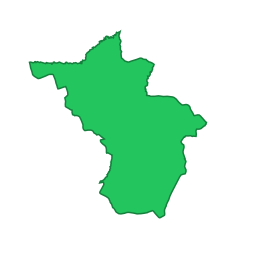 Kouritenga, Kouritenga, Burkina Faso (orthographic projection), rotated 344°
{"feature_id": "67063806B40595440400203", "entity_name": "Kouritenga", "entity_type": "district", "adm_level": 2, "iso_a3": "BFA", "parent_name": "Burkina Faso", "parent_adm1": "Kouritenga", "projection": "orthographic", "projection_center": [-0.33, 12.181], "detail": "fine", "context": "isolated", "style": "filled", "palette": "green", "viewbox_px": 256, "rotation_deg": 344, "n_neighbors": 0, "source": "geoboundaries", "source_scale": "gbopen_adm2", "svg_char_len": 5716}
<svg xmlns="http://www.w3.org/2000/svg" viewBox="0 0 256 256"><g transform="rotate(344 128 128)"><path d="M147.0,33.1L146.5,33.3L145.5,33.3L144.8,33.8L144.2,33.6L143.5,32.9L142.9,33.4L141.8,35.3L141.4,34.7L141.0,34.7L140.3,35.2L139.0,35.3L139.2,36.9L138.8,37.3L138.6,36.9L138.2,36.7L137.2,36.7L136.9,35.6L135.5,35.9L135.4,36.6L134.4,36.4L134.6,35.5L133.9,35.3L134.0,34.7L133.3,34.6L133.2,34.1L132.6,33.9L132.3,33.9L131.4,34.4L131.0,35.4L131.0,35.7L131.2,36.0L131.2,36.5L130.3,36.6L129.8,35.4L129.2,36.8L128.9,36.5L128.2,37.1L127.1,36.9L126.7,37.7L126.0,37.6L125.4,37.4L125.6,36.8L124.3,37.0L124.0,38.8L123.9,39.0L123.4,39.3L122.0,39.4L121.0,40.1L119.8,40.4L119.2,41.0L118.5,41.3L117.1,40.7L116.2,40.9L116.7,41.5L116.4,42.0L116.0,42.3L115.1,42.2L113.2,42.6L112.8,42.5L112.1,43.6L111.3,43.7L110.4,44.3L109.9,44.2L109.4,44.5L108.5,45.4L107.8,45.7L107.6,46.1L107.7,46.9L107.5,47.7L107.2,48.1L106.9,48.2L106.6,48.8L106.5,50.0L106.1,50.5L105.1,51.1L103.6,50.8L103.3,50.4L102.9,51.0L102.4,51.4L101.9,51.2L101.5,51.4L101.7,52.4L101.6,52.9L101.3,53.3L100.6,53.1L100.1,52.7L100.2,51.8L99.3,52.4L98.5,52.2L97.4,52.3L95.8,50.8L94.7,50.8L93.6,50.4L92.7,50.9L92.0,50.8L90.1,49.5L89.3,49.8L88.9,49.8L88.4,49.2L87.5,48.8L87.2,48.4L87.2,48.0L86.8,47.8L86.3,47.8L85.8,48.0L85.4,48.8L83.5,48.4L82.8,47.8L82.1,47.4L80.3,45.8L79.1,45.8L78.6,46.0L77.3,45.9L75.7,45.2L75.2,44.9L75.4,44.6L75.3,44.3L74.5,44.2L74.0,44.4L73.6,45.1L72.5,45.6L72.2,45.4L72.2,44.5L70.3,44.1L69.3,43.6L68.9,43.5L68.0,42.9L67.8,43.2L67.4,42.7L66.4,43.3L62.7,40.9L62.0,40.8L61.9,40.5L61.0,40.7L59.3,39.3L57.7,39.7L57.6,38.9L57.1,38.6L56.7,38.6L56.4,39.0L55.4,39.2L54.7,39.1L52.9,38.0L52.1,37.7L51.4,37.7L51.3,40.7L51.0,43.2L51.2,47.4L51.1,50.3L51.4,51.2L52.3,52.6L55.1,55.6L55.6,55.8L57.2,55.9L63.2,55.3L66.1,54.8L67.2,54.8L70.2,55.6L70.8,56.2L71.4,61.6L71.2,65.2L71.4,67.9L71.3,69.7L71.5,71.1L72.9,71.2L77.9,70.9L78.9,71.1L79.5,71.0L79.8,72.7L79.9,76.8L79.4,79.4L78.8,80.0L75.6,81.6L75.4,85.1L74.3,87.8L73.8,90.0L74.3,90.8L76.4,92.9L77.4,94.1L78.3,95.0L79.1,95.3L78.8,96.9L78.4,98.0L78.6,99.2L78.4,99.8L78.7,100.2L80.1,101.1L80.1,101.4L81.7,101.7L82.9,102.3L83.4,102.6L84.5,103.8L85.1,106.7L85.6,111.6L85.6,112.7L85.0,114.5L84.8,115.4L84.8,116.5L85.0,117.3L85.7,118.5L86.5,118.7L89.0,119.0L91.5,119.7L92.8,120.5L93.6,121.5L93.9,123.3L95.3,124.7L96.1,126.1L97.3,126.0L98.2,126.3L98.9,127.3L100.4,129.7L100.8,129.8L101.3,130.8L102.3,132.1L101.7,132.2L98.7,131.9L98.3,132.0L98.0,132.7L98.0,133.2L98.0,133.8L98.6,135.2L99.8,137.2L100.7,138.2L101.2,139.3L101.6,140.6L101.3,142.9L100.5,145.6L100.6,146.3L100.9,146.4L101.7,146.2L105.2,149.7L104.8,150.0L104.8,151.0L104.5,151.6L104.1,153.1L103.2,154.4L103.0,155.2L102.5,155.4L102.2,156.8L101.9,156.9L102.1,157.5L101.5,158.3L101.0,159.8L100.0,160.3L100.1,161.2L100.1,161.7L99.9,162.1L99.1,162.8L98.9,163.7L98.7,163.7L98.0,164.8L97.6,164.7L96.5,166.0L96.1,166.1L95.3,167.5L94.9,167.4L95.0,168.1L94.6,169.0L93.4,169.1L93.0,169.3L92.0,170.0L91.4,170.8L90.8,170.8L90.4,171.2L90.0,171.3L88.1,171.7L87.4,171.4L86.7,171.6L85.9,172.6L85.6,173.0L89.4,173.3L89.4,174.8L89.2,175.6L88.7,176.3L83.4,181.7L83.1,182.4L83.1,182.9L83.9,184.0L87.8,187.5L89.6,189.6L90.3,191.3L90.2,191.8L90.5,193.4L90.4,194.4L90.8,195.6L91.1,195.7L91.4,198.6L91.3,199.0L91.4,199.5L91.3,200.1L91.4,200.4L91.8,200.5L92.1,201.0L92.6,202.1L92.7,202.9L93.2,203.7L93.1,204.5L93.6,205.7L95.5,207.8L97.5,208.6L101.2,209.0L102.8,208.9L104.2,209.0L105.5,209.3L109.9,211.3L113.0,213.0L116.8,213.9L119.5,214.3L123.2,214.7L124.5,214.4L127.9,214.3L128.4,214.1L128.9,214.3L129.2,214.6L130.1,216.2L130.6,217.6L132.8,222.1L133.4,222.9L134.1,223.1L138.5,222.1L139.0,221.9L139.3,221.5L139.7,220.3L140.0,218.5L140.6,216.6L142.4,214.3L143.2,213.5L143.7,212.3L146.2,209.4L147.3,208.3L149.5,205.0L152.4,201.7L164.4,189.0L166.1,187.7L168.5,187.6L170.2,187.8L170.6,187.5L171.7,185.9L172.2,184.2L171.8,181.3L171.8,180.6L172.7,178.8L174.4,176.3L174.4,175.4L173.9,173.3L174.4,173.3L174.1,167.7L174.3,166.0L175.2,164.2L176.4,162.3L176.8,160.9L176.8,159.3L176.0,158.8L175.8,158.4L175.3,157.0L175.1,155.9L175.4,155.5L176.9,154.1L179.2,152.3L179.7,152.1L180.0,152.4L180.4,152.2L181.0,151.6L182.1,151.7L183.6,152.2L185.7,152.6L186.3,152.8L187.4,153.8L188.6,153.8L190.2,154.5L191.1,154.8L191.9,152.9L192.5,149.5L193.6,148.0L196.1,148.7L197.9,148.7L201.6,147.1L202.6,147.0L203.4,146.1L203.9,146.0L204.0,145.4L204.7,144.8L205.0,144.2L204.4,143.7L202.8,140.2L201.1,136.7L200.1,135.2L199.5,134.9L198.5,134.6L195.2,134.4L194.8,134.1L194.5,131.9L193.2,127.1L193.3,125.1L193.1,124.1L192.0,122.4L191.1,121.8L190.2,121.4L186.8,121.0L185.9,120.3L183.9,117.2L182.3,113.5L180.7,111.4L179.5,110.5L174.6,108.4L170.7,107.5L166.2,105.5L162.5,104.9L159.2,104.0L158.2,103.6L157.5,102.9L154.9,101.8L155.2,101.1L155.4,101.0L155.9,98.9L155.7,98.2L155.0,97.6L155.1,97.3L155.5,97.1L155.6,96.2L155.8,95.8L155.3,95.6L155.2,95.2L155.7,94.5L155.7,93.4L156.2,92.8L158.0,92.5L158.5,92.2L158.7,91.9L158.6,91.4L158.8,90.8L159.2,90.5L159.5,90.0L159.0,88.4L159.2,87.7L159.7,86.4L160.5,85.8L160.9,86.0L161.2,85.5L161.2,83.6L162.4,84.0L162.8,84.0L163.5,83.4L164.0,82.7L164.3,82.1L164.6,80.4L165.1,80.1L165.8,80.7L166.5,80.1L167.1,79.1L167.6,78.6L168.0,77.9L168.0,77.1L168.2,76.5L169.3,76.0L170.6,74.0L169.4,72.5L168.6,71.7L167.3,70.7L166.1,70.1L165.3,68.7L164.9,68.5L164.3,67.1L162.0,66.3L161.0,65.4L160.9,65.2L160.4,64.8L159.6,64.4L158.7,64.2L155.1,64.5L149.5,64.6L147.1,64.8L146.1,64.6L143.3,62.6L142.3,60.7L141.1,59.0L141.3,57.0L141.8,54.5L142.1,53.8L142.8,53.1L142.9,52.7L142.3,51.0L142.8,48.7L143.3,47.7L143.1,45.5L144.2,43.9L145.0,43.0L145.1,41.8L145.0,41.3L144.7,41.0L144.4,40.4L144.7,38.8L144.5,37.6L144.6,37.0L144.8,36.8L145.0,35.9L145.7,35.3L147.0,33.1Z" fill="#22c55e" stroke="#15803d" stroke-width="1.5"/></g></svg>